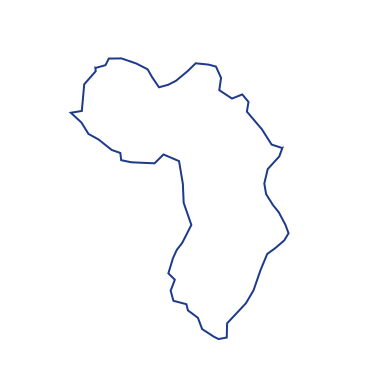 the district of Loukrounou, Paphos, Cyprus, rotated 76°
{"feature_id": "46923920B56770257567799", "entity_name": "Loukrounou", "entity_type": "district", "adm_level": 2, "iso_a3": "CYP", "parent_name": "Cyprus", "parent_adm1": "Paphos", "projection": "albers", "projection_center": [32.469, 34.954], "detail": "fine", "context": "isolated", "style": "outline", "palette": "blue", "viewbox_px": 384, "rotation_deg": 76, "n_neighbors": 0, "source": "geoboundaries", "source_scale": "gbopen_adm2", "svg_char_len": 1027}
<svg xmlns="http://www.w3.org/2000/svg" viewBox="0 0 384 384"><g transform="rotate(76 192 192)"><path d="M48.1,255.7L51.5,256.2L61.4,270.5L86.7,279.3L85.8,290.4L97.8,282.5L110.6,278.4L118.4,270.0L131.8,259.7L136.8,252.1L144.0,253.0L148.4,243.9L151.3,234.3L155.1,221.4L148.7,210.6L158.9,197.1L181.9,198.9L200.5,202.7L223.8,200.6L239.0,213.8L244.5,220.8L251.5,226.4L265.2,234.6L273.0,229.9L282.6,236.6L291.2,236.4L293.1,236.3L299.5,224.6L305.9,224.6L315.5,216.7L327.5,215.3L337.6,205.9L341.1,201.8L341.6,193.5L327.9,189.7L313.0,166.6L302.3,156.1L284.2,144.3L270.3,134.0L266.9,125.5L261.3,114.2L255.4,108.3L246.4,109.3L232.7,112.7L224.2,116.6L212.0,120.6L201.3,119.8L188.1,113.0L178.6,98.7L171.0,93.6L171.0,94.1L165.2,103.3L148.1,109.0L127.3,119.3L118.3,115.4L109.5,119.6L111.0,130.6L99.8,140.9L88.3,136.2L76.1,138.4L72.4,145.1L68.0,157.3L73.6,166.9L80.2,180.6L82.2,189.2L82.4,198.7L71.0,202.9L62.2,205.4L53.9,214.9L45.3,228.2L42.4,240.4L48.0,245.3L48.3,255.4L48.1,255.7Z" fill="none" stroke="#1e3a8a" stroke-width="2"/></g></svg>